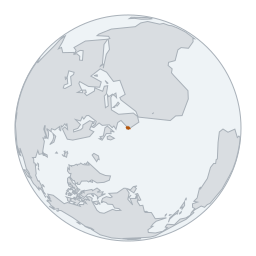 the Earth from above La Coruña, rotated 239°
{"feature_id": "ESP-5827", "entity_name": "La Coruña", "entity_type": "Autonomous Community", "adm_level": 1, "iso_a3": "ESP", "parent_name": "Spain", "parent_adm1": "", "projection": "orthographic", "projection_center": [-8.526, 43.162], "detail": "fine", "context": "on_globe", "style": "filled", "palette": "amber", "viewbox_px": 256, "rotation_deg": 239, "n_neighbors": 0, "source": "natural_earth", "source_scale": "10m", "svg_char_len": 10029}
<svg xmlns="http://www.w3.org/2000/svg" viewBox="0 0 256 256"><g transform="rotate(239 128 128)"><circle cx="128" cy="128" r="113" fill="#eef3f6" stroke="#a8b0b8"/><path d="M38.7,196.6L34.7,190.2L32.3,186.0L27.3,177.3L21.1,159.5L21.5,156.6L20.6,152.8L23.4,150.5L23.5,142.6L22.8,140.0L21.5,140.8L19.8,130.7L20.4,123.5L21.5,95.9L22.9,91.2L25.0,86.9L36.1,66.4L26.3,82.2L28.6,77.1L32.4,70.4L32.7,70.5L38.6,62.4L42.1,57.5L50.7,49.2L60.6,44.1L58.0,46.4L60.7,45.2L64.1,42.3L65.7,40.8L79.6,34.6L91.7,28.1L93.4,25.8L94.8,26.7L96.4,22.6L101.6,20.1L97.1,23.2L97.6,23.7L101.8,22.0L103.3,22.2L106.2,21.6L107.6,22.1L104.8,24.2L105.7,24.6L108.6,23.4L111.8,23.4L107.4,25.0L112.6,25.2L108.9,29.2L96.0,34.3L95.3,37.8L85.4,46.8L87.6,46.8L85.2,50.5L86.9,51.9L84.6,53.5L87.9,53.3L89.7,51.7L91.7,51.1L92.9,51.9L90.1,53.9L89.1,53.8L88.9,54.8L87.1,55.5L88.6,55.6L85.2,58.0L90.3,56.8L88.9,59.8L86.1,61.1L84.3,59.4L73.4,59.0L70.0,60.3L67.2,63.6L66.2,72.9L63.4,75.2L61.1,79.4L63.6,78.7L66.3,75.3L70.4,75.4L73.2,71.4L75.3,70.9L79.0,67.7L80.7,70.0L80.3,74.1L77.3,77.0L77.1,79.0L81.8,77.9L78.0,85.2L78.5,93.4L77.3,95.3L71.6,95.5L67.0,91.1L59.6,92.4L66.6,93.5L63.5,98.5L63.9,100.3L65.4,101.3L67.5,100.3L66.9,102.5L59.7,101.9L60.1,99.9L62.4,100.0L60.2,98.1L55.3,98.2L54.1,100.9L48.0,99.0L47.0,101.0L45.2,101.9L47.1,98.7L43.5,104.5L36.2,104.6L31.2,114.7L33.6,104.1L33.0,100.4L31.8,97.1L30.9,98.6L30.5,92.7L28.0,91.6L23.9,97.4L21.5,104.8L22.2,110.5L23.9,108.9L25.3,112.1L21.2,117.9L23.1,125.7L21.1,131.4L21.2,136.5L23.0,139.0L24.5,143.8L26.7,142.5L29.8,144.2L28.7,149.4L31.3,146.7L32.4,151.2L39.2,157.9L38.4,158.6L43.9,170.1L51.7,178.4L53.5,183.2L52.4,184.8L55.5,187.3L55.5,188.7L69.3,197.8L77.6,204.3L78.2,208.9L72.9,211.5L72.0,219.0L63.5,216.8L64.0,218.9L62.0,219.2L56.5,215.0L57.6,216.0L50.8,210.0L44.5,203.6L38.7,196.6ZM29.4,117.5L31.7,129.3L28.9,125.8L29.7,125.7L29.5,122.0L28.4,116.8L26.4,114.1L29.4,117.5ZM33.8,115.6L33.2,114.0L34.0,115.2L33.8,115.6ZM66.2,40.1L64.0,42.3L60.4,44.9L62.0,43.0L66.2,40.1ZM73.4,35.8L72.8,36.7L69.8,37.6L71.1,36.8L73.4,35.8ZM94.2,24.3L92.2,25.4L93.7,24.3L94.2,24.3ZM106.3,21.4L106.4,21.1L107.9,21.0L106.3,21.4ZM77.8,66.7L78.3,67.2L77.4,67.5L77.8,66.7ZM78.8,64.9L77.3,64.9L77.6,64.1L78.5,64.1L78.8,64.9ZM111.3,21.7L113.6,21.7L110.8,22.0L111.3,21.7ZM80.7,65.1L78.3,62.6L78.8,61.2L82.8,60.0L80.7,65.1ZM114.6,21.9L120.2,22.1L120.9,21.3L122.0,24.0L116.9,22.8L113.4,23.2L115.1,22.5L114.6,21.9ZM89.7,50.9L87.9,52.6L88.4,50.5L89.7,50.9ZM89.6,49.7L88.1,44.3L91.5,42.3L91.3,44.4L94.7,41.4L97.0,43.0L95.6,45.0L93.0,45.9L95.9,45.9L89.6,49.7ZM121.7,25.5L122.6,26.0L121.1,25.9L121.7,25.5ZM92.6,50.8L92.0,49.8L94.8,47.9L96.5,49.5L95.1,49.6L92.6,50.8ZM94.5,39.9L96.9,38.9L99.4,39.9L100.7,39.6L97.4,42.8L94.5,39.9ZM95.0,50.4L97.3,50.4L97.0,52.1L93.3,51.6L95.0,50.4ZM94.9,46.8L96.3,46.0L96.0,47.0L94.9,46.8ZM97.2,58.1L96.5,56.8L97.9,55.7L97.2,58.1ZM98.2,50.4L98.3,49.8L98.7,49.3L100.1,49.6L98.2,50.4ZM99.4,43.4L99.9,44.0L100.9,42.1L102.8,42.9L100.2,44.9L102.1,44.4L102.7,44.6L100.0,46.0L99.4,43.4ZM103.0,48.4L100.4,51.5L101.5,54.1L100.2,55.1L98.7,50.8L103.0,48.4ZM101.5,46.9L102.1,48.0L100.3,48.6L98.7,48.2L101.5,46.9ZM105.0,42.7L102.7,41.0L103.4,40.6L105.0,42.7ZM103.7,49.0L104.3,48.3L104.0,49.1L103.7,49.0ZM105.0,44.5L104.1,43.9L104.9,43.5L105.0,44.5ZM106.3,47.4L105.4,48.3L104.3,48.0L106.3,47.4ZM106.0,45.9L107.2,45.5L104.4,47.3L105.5,45.7L106.0,45.9ZM105.9,44.2L106.0,43.8L106.2,44.5L105.9,44.2ZM111.0,48.0L107.7,50.4L105.2,49.7L108.8,47.5L111.0,48.0ZM191.5,34.9L192.6,35.8L190.6,34.5L195.6,38.2L193.0,36.6L198.1,40.5L199.0,40.9L195.6,38.0L201.1,42.4L207.6,48.3L213.6,54.8L219.1,61.7L224.0,69.0L228.3,76.7L232.0,84.7L231.7,84.1L233.6,89.0L232.3,86.0L230.3,83.9L232.3,91.0L236.3,107.0L238.8,115.4L239.3,121.8L235.2,115.6L231.7,109.1L231.3,112.5L226.2,110.9L220.6,120.6L218.9,119.5L218.0,122.4L214.3,123.6L211.2,121.4L209.4,123.8L217.4,129.4L219.2,126.9L219.4,120.8L221.4,123.5L224.8,123.1L224.5,136.2L214.6,156.3L212.0,150.5L196.0,139.0L195.6,136.4L195.4,136.2L195.1,135.9L195.3,140.2L192.0,137.6L202.4,147.4L204.8,152.5L214.5,156.9L214.0,158.5L216.6,158.6L223.1,149.0L223.5,151.2L221.4,164.6L211.1,186.4L211.5,193.0L209.2,199.7L200.7,208.6L199.4,212.2L194.7,216.0L193.1,218.2L188.1,222.0L180.7,226.7L170.2,231.0L171.2,229.7L168.4,228.2L165.2,220.9L169.6,214.9L169.3,211.0L161.5,203.1L163.4,196.6L160.9,194.6L156.0,196.3L152.9,193.7L149.8,194.2L129.1,198.6L121.8,194.6L110.8,180.7L113.8,175.1L112.6,168.1L132.1,142.4L138.2,143.3L155.7,136.4L158.3,136.7L158.3,142.9L173.1,145.6L175.4,139.5L186.8,138.4L193.0,134.6L191.6,122.9L181.3,128.8L177.5,124.7L184.0,115.5L192.7,110.5L191.5,108.8L184.3,107.9L184.5,102.9L181.6,107.3L184.1,108.3L182.3,111.2L179.9,110.5L180.1,108.6L177.0,109.3L177.0,118.2L179.5,120.2L172.5,125.2L176.0,129.2L174.7,132.4L168.3,126.9L167.6,124.1L157.0,119.1L157.1,122.5L167.1,127.5L164.8,127.7L165.0,132.6L163.0,129.0L152.1,123.1L144.6,127.0L138.0,140.3L133.0,142.1L127.4,140.3L126.8,128.3L138.1,125.9L138.0,122.0L133.1,117.0L137.0,116.9L136.4,114.7L140.4,113.6L143.5,107.3L147.2,105.8L146.0,99.0L147.7,97.4L147.9,101.8L150.1,104.2L159.0,100.7L160.0,98.7L158.4,94.7L161.1,94.4L158.5,91.0L162.4,87.3L155.4,89.0L153.5,84.7L154.5,80.4L152.6,79.4L150.9,86.6L151.4,89.2L153.8,90.9L154.0,98.9L151.4,101.2L146.5,94.3L142.4,96.8L140.4,90.7L146.1,74.4L149.7,70.2L160.9,71.3L161.5,74.4L157.7,75.4L163.4,78.0L161.9,76.1L164.1,76.0L162.8,72.2L164.2,71.9L160.4,68.9L162.1,68.2L164.5,70.1L164.0,64.3L166.8,62.1L165.9,61.0L164.2,60.3L169.0,58.2L168.1,57.5L166.3,57.9L163.4,56.7L160.2,53.9L162.0,53.3L163.4,54.2L169.1,55.5L172.5,58.2L172.9,57.7L170.4,55.2L163.5,53.7L161.0,52.2L164.2,52.5L162.9,52.2L162.2,51.3L163.3,50.0L159.7,49.5L150.1,41.3L151.2,38.2L155.1,39.1L150.3,33.6L151.9,31.0L150.2,31.3L146.7,29.3L146.2,30.0L145.1,30.0L136.0,25.7L135.2,24.5L129.4,23.5L128.5,23.7L128.7,24.5L122.0,24.0L120.9,21.3L123.0,20.9L120.9,19.8L125.9,19.1L129.1,18.3L135.8,18.6L137.7,18.1L136.7,17.8L138.5,17.1L146.0,17.2L144.6,18.6L134.3,19.8L138.9,19.3L139.2,20.0L141.7,20.2L144.8,20.0L144.3,19.6L156.3,23.0L166.5,25.1L162.5,23.0L162.6,22.2L170.7,24.1L188.1,32.8L188.3,32.8L191.5,34.9ZM127.7,155.9L127.8,158.1L127.7,155.9ZM203.5,110.5L207.5,106.7L202.8,102.1L204.0,100.3L201.9,99.5L202.4,101.8L197.0,99.2L197.7,95.5L195.7,93.1L194.3,94.3L193.9,101.6L201.6,105.3L201.9,108.9L203.5,110.5ZM39.4,158.1L40.1,159.9L38.9,158.8L39.4,158.1ZM27.8,127.4L28.6,129.0L28.8,130.6L28.0,129.7L27.8,127.4ZM36.9,140.0L38.2,142.1L36.5,140.8L36.9,140.0ZM32.3,131.0L35.7,138.5L32.4,136.6L30.4,132.0L32.2,133.9L32.3,131.0ZM31.8,117.9L32.2,119.3L31.6,120.0L31.8,117.9ZM34.3,116.5L34.0,116.2L34.2,114.9L34.3,116.5ZM63.9,98.5L64.4,98.6L65.6,100.1L64.4,100.1L63.9,98.5ZM75.0,102.4L73.8,105.9L73.8,103.4L71.8,104.0L69.4,99.6L76.6,96.0L73.8,98.3L75.0,102.4ZM68.2,93.1L68.9,96.1L67.8,93.0L68.2,93.1ZM129.1,104.6L131.3,105.7L130.9,108.4L126.2,111.0L126.7,107.0L129.1,104.6ZM134.4,106.6L130.9,99.5L133.6,97.8L132.7,99.9L134.9,99.5L133.9,102.8L140.1,108.5L140.2,111.3L131.5,114.2L134.3,111.6L131.9,110.6L134.4,106.6ZM116.8,86.3L115.3,83.8L123.3,83.3L123.8,85.7L119.2,88.3L115.8,87.0L116.8,86.3ZM88.3,63.8L87.2,63.3L88.0,62.7L89.5,62.6L88.3,63.8ZM96.8,57.6L93.9,65.5L92.5,65.3L92.5,70.5L88.8,72.0L88.9,68.5L86.1,73.8L84.7,71.2L83.2,74.9L83.9,67.0L82.5,65.1L85.4,66.6L88.9,65.2L89.9,64.0L92.0,59.5L90.8,55.0L94.0,53.2L96.6,53.0L97.4,53.8L95.0,54.7L97.7,55.1L95.0,57.1L96.8,57.6ZM125.0,56.0L121.9,56.2L126.9,58.4L124.2,59.9L124.9,60.1L123.7,62.2L123.6,65.0L122.1,65.4L122.7,66.4L121.9,67.9L122.3,69.4L119.6,70.7L119.8,72.7L118.4,72.2L119.5,75.3L117.5,73.6L116.3,75.5L118.9,76.2L103.7,80.6L98.9,84.2L95.9,88.3L92.9,85.1L93.8,79.4L96.9,73.2L102.0,70.4L99.7,69.6L101.5,68.0L102.5,69.3L101.9,66.5L103.7,65.6L106.4,60.8L104.5,57.5L105.5,55.8L107.1,56.7L106.9,54.4L110.6,54.9L111.3,53.8L115.7,53.2L118.4,55.7L119.1,54.3L122.4,54.0L125.0,56.0ZM112.2,48.0L116.0,50.3L116.4,52.4L108.6,52.5L107.4,53.5L102.4,53.9L102.0,50.9L103.4,51.1L104.8,50.5L104.4,51.7L105.7,50.4L107.7,50.6L109.3,49.6L110.1,50.6L112.2,48.0ZM159.9,133.8L161.6,133.5L164.1,132.4L164.2,135.6L159.9,133.8ZM152.4,129.9L153.8,129.1L155.3,132.8L153.5,133.2L152.4,129.9ZM153.3,125.6L153.8,128.7L152.5,127.3L153.3,125.6ZM149.1,100.9L150.4,99.9L151.0,100.8L150.9,102.4L149.1,100.9ZM139.1,63.9L137.3,63.4L137.4,62.8L134.6,60.3L136.4,59.1L138.8,60.1L139.1,63.9ZM190.5,125.8L189.5,128.9L188.2,128.5L188.8,127.5L190.5,125.8ZM176.8,133.0L180.5,132.8L176.8,133.9L176.8,133.0ZM140.6,62.2L139.2,61.2L141.0,61.2L140.6,62.2ZM137.6,58.1L139.4,57.8L136.3,58.7L137.6,58.1ZM221.2,187.9L212.3,202.1L209.1,205.2L210.0,203.0L214.3,195.5L218.6,190.1L221.1,185.4L221.2,187.9ZM239.0,115.7L239.9,118.5L240.0,121.0L239.0,115.7ZM154.1,52.4L156.0,57.0L158.6,59.9L162.0,60.8L158.1,61.8L154.1,57.3L154.1,52.4ZM150.4,42.7L147.5,42.2L148.2,41.3L148.9,41.3L150.4,42.7ZM149.1,43.2L146.6,44.8L144.6,43.9L146.9,42.8L149.1,43.2ZM143.8,53.1L144.2,54.5L142.8,54.5L143.8,53.1ZM171.0,23.9L166.8,22.4L163.5,21.1L171.0,23.9ZM164.6,21.6L166.0,22.2L161.4,22.2L159.6,21.9L161.4,20.9L162.8,21.5L164.5,21.8L164.6,21.6ZM123.4,25.5L122.7,25.9L122.5,25.4L123.4,25.5ZM144.9,30.5L143.4,30.4L143.2,29.7L144.9,30.5ZM139.1,29.9L140.3,30.8L138.3,30.1L139.1,29.9ZM143.3,32.8L140.5,31.2L144.2,32.4L143.3,32.8Z" fill="#d9dde1" stroke="#a8b0b8" stroke-width="1"/><path d="M127.7,128.9L127.7,129.0L127.5,128.9L127.5,129.0L127.4,129.1L127.2,129.1L127.3,129.0L127.3,128.9L127.4,128.7L127.5,128.7L127.4,128.6L127.2,128.7L127.3,128.8L127.2,128.8L127.1,128.7L127.1,128.4L127.0,128.5L127.0,128.4L127.0,128.5L126.9,128.5L126.9,128.4L127.0,128.3L126.9,128.3L126.9,128.2L127.0,128.2L127.1,127.9L127.3,127.9L127.4,127.7L127.5,127.7L127.8,127.7L128.0,127.7L128.3,127.6L128.5,127.7L128.4,127.5L128.3,127.4L128.5,127.4L128.4,127.4L128.3,127.2L128.6,127.0L128.7,126.9L128.8,126.9L129.0,126.9L128.9,126.9L128.9,127.0L129.0,127.0L128.9,126.9L129.0,126.9L129.2,127.0L129.1,127.3L129.0,127.5L128.9,127.5L128.8,127.8L128.9,128.1L128.9,128.3L128.9,128.5L128.7,128.6L128.4,128.7L128.2,128.8L128.2,128.7L128.2,128.8L127.9,128.8L127.7,128.9L127.7,128.9Z" fill="#f59e0b" stroke="#b45309" stroke-width="1.5"/></g></svg>